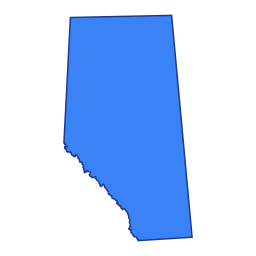 the border of Alberta
{"feature_id": "CAN-632", "entity_name": "Alberta", "entity_type": "Province", "adm_level": 1, "iso_a3": "CAN", "parent_name": "Canada", "parent_adm1": "", "projection": "orthographic", "projection_center": [-116.491, 54.496], "detail": "fine", "context": "isolated", "style": "filled", "palette": "blue", "viewbox_px": 256, "rotation_deg": 0, "n_neighbors": 0, "source": "natural_earth", "source_scale": "10m", "svg_char_len": 5252}
<svg xmlns="http://www.w3.org/2000/svg" viewBox="0 0 256 256"><path d="M192.1,237.2L138.2,240.6L138.4,240.2L138.5,240.0L138.5,239.8L138.4,239.5L138.1,239.4L137.8,239.4L137.6,239.3L137.4,239.2L137.0,238.6L136.9,238.4L136.8,238.2L136.9,237.7L135.9,236.8L135.2,236.8L134.8,236.6L134.4,236.6L134.1,236.6L133.9,236.5L133.8,236.3L133.7,236.0L133.9,235.8L133.9,235.6L133.8,235.4L133.2,235.3L133.1,235.2L133.0,234.8L132.7,234.5L132.6,233.9L132.4,233.8L132.1,233.7L131.9,233.5L131.7,233.2L131.4,233.1L131.1,232.7L130.9,232.3L130.9,231.7L130.9,231.2L131.2,230.3L131.3,229.8L131.1,229.5L130.9,229.5L130.6,229.7L130.0,229.6L129.6,229.7L129.5,229.4L129.4,229.3L129.1,229.2L128.9,229.0L128.9,228.9L128.9,228.7L129.0,228.3L129.2,228.1L129.3,228.0L129.6,228.0L129.7,227.9L129.7,227.6L129.8,227.4L129.9,226.9L129.8,226.7L130.1,226.3L130.2,226.2L130.2,225.8L130.0,225.5L130.0,225.4L130.3,225.1L130.3,224.8L130.3,224.5L130.1,224.0L129.7,223.2L129.5,222.7L129.5,222.4L129.4,222.0L129.4,221.6L129.5,221.4L129.9,221.3L130.0,221.1L130.0,220.9L129.8,220.2L129.7,219.4L129.7,219.2L129.4,219.0L129.1,218.4L128.9,218.2L128.8,217.8L128.7,217.3L128.7,216.7L128.5,215.9L128.4,215.7L128.3,214.8L127.9,214.0L127.9,213.8L128.1,213.6L128.1,213.4L127.9,213.1L127.6,212.8L127.0,212.4L126.9,212.2L126.7,211.7L126.0,210.8L125.4,209.7L125.1,209.3L124.9,209.1L124.7,209.0L123.9,208.8L123.4,208.8L123.0,209.0L122.9,209.3L122.8,209.5L122.7,209.6L122.4,209.7L122.0,208.9L121.4,208.3L121.1,207.9L121.0,207.6L121.3,207.5L121.4,207.2L121.2,206.8L121.1,206.5L120.7,206.1L120.4,205.9L120.2,206.2L120.0,206.3L119.9,206.1L119.7,205.7L119.5,205.4L119.1,205.4L118.8,205.0L118.6,204.9L118.2,204.7L117.9,204.4L117.7,203.9L117.4,203.7L117.0,203.7L116.7,203.6L116.7,203.1L116.9,202.9L117.5,202.7L117.6,202.4L117.4,202.2L117.2,202.0L117.2,201.8L117.1,201.4L117.0,201.2L116.9,201.1L116.7,201.1L116.4,200.9L116.4,200.6L116.3,200.4L116.1,200.2L115.5,200.0L115.3,199.9L115.2,199.8L115.1,199.6L115.1,199.2L114.8,199.0L114.5,198.9L113.4,198.8L113.1,198.7L112.4,198.3L112.1,198.0L111.9,197.7L111.9,197.4L111.9,196.6L111.8,196.2L111.5,195.7L111.1,195.6L110.6,195.5L110.3,195.3L110.2,195.1L110.1,194.7L109.8,194.5L109.4,194.5L109.2,194.5L109.0,194.4L108.9,194.3L108.7,194.1L108.6,193.9L108.6,193.7L108.6,193.3L108.6,193.2L108.4,193.1L108.3,192.9L108.3,192.5L108.4,192.0L108.4,191.5L108.1,191.2L107.5,190.9L107.2,190.6L107.1,190.1L107.0,189.7L106.8,189.4L106.3,189.1L106.1,188.9L106.0,188.3L105.9,188.1L105.6,188.0L105.1,187.8L104.8,187.6L104.6,187.2L104.6,186.7L104.6,186.3L104.5,186.0L104.3,185.8L104.2,185.5L104.0,185.3L103.9,185.1L103.9,184.9L103.9,184.7L103.6,184.3L103.5,184.2L103.3,184.3L103.1,184.4L102.6,184.5L102.1,185.2L101.8,185.5L101.9,185.8L101.7,186.2L101.4,186.3L100.9,186.3L100.6,186.3L100.3,186.0L100.1,185.6L100.0,185.1L99.7,184.3L99.6,184.1L99.6,183.9L99.6,183.7L99.3,183.4L99.2,183.3L99.2,183.1L99.1,182.6L99.1,182.3L98.9,182.1L98.6,181.7L98.1,181.1L97.9,180.9L97.2,180.6L97.1,180.4L96.6,179.7L96.4,179.5L96.2,179.4L96.2,179.1L96.0,178.7L95.9,178.5L95.9,178.2L95.9,177.6L95.8,177.2L95.7,176.7L95.4,176.8L95.3,177.1L95.3,177.3L94.9,177.6L94.4,177.6L93.4,177.3L93.1,177.3L92.6,177.5L92.2,177.6L91.9,177.4L91.6,176.9L91.3,176.6L91.0,176.4L90.6,176.3L90.2,176.2L89.9,175.8L89.4,174.9L89.4,174.6L89.7,174.2L90.1,173.9L90.4,173.6L90.6,173.1L90.6,172.7L90.5,172.3L90.2,172.0L89.7,171.8L88.6,171.6L88.1,171.3L87.6,170.6L87.4,170.4L87.1,170.4L87.0,170.5L86.9,171.0L86.7,171.2L86.7,171.3L86.8,171.6L86.7,171.9L86.5,172.1L86.1,172.1L85.6,172.1L85.3,172.1L84.9,172.5L84.6,172.7L84.4,172.6L84.4,172.0L84.2,171.6L84.1,171.4L84.1,171.1L84.2,170.9L84.5,170.7L84.7,170.4L84.6,170.2L84.3,170.1L84.0,169.8L83.9,169.7L83.8,169.3L83.9,169.0L83.9,168.8L83.8,168.6L83.4,168.3L83.3,168.2L83.2,168.0L83.1,167.7L83.0,167.3L83.1,167.1L83.5,166.8L83.6,166.6L83.6,166.4L83.4,166.0L83.2,165.6L83.1,165.3L83.0,164.9L82.8,164.6L82.4,164.4L82.2,164.3L82.1,164.0L82.1,163.9L82.3,163.5L82.3,163.3L82.3,163.0L82.2,162.9L81.8,162.7L81.7,162.6L81.6,162.2L81.4,161.8L81.2,161.8L80.9,161.9L80.6,162.0L80.2,162.2L79.8,162.0L79.7,161.6L79.7,161.1L79.5,160.8L79.3,160.4L79.3,160.1L79.4,159.8L79.4,159.4L79.3,159.0L79.2,158.9L79.0,159.0L78.8,158.9L78.7,158.5L78.5,158.4L78.2,158.6L78.0,158.3L78.1,158.1L78.3,157.8L78.4,157.6L78.4,157.4L78.3,157.2L78.1,157.0L77.3,155.9L76.9,155.6L76.4,155.4L76.3,155.2L75.9,154.9L75.7,154.8L75.4,154.9L75.3,155.1L75.3,155.5L75.2,155.9L75.1,156.0L75.2,156.5L75.1,156.8L74.8,156.8L74.5,156.4L74.3,156.4L73.9,156.3L73.7,156.1L73.5,155.8L73.4,155.8L73.2,155.8L72.7,155.5L72.4,155.5L72.2,155.4L72.1,155.2L71.9,154.9L71.2,153.7L71.1,153.3L71.0,152.9L71.0,152.4L71.0,152.2L70.8,152.0L70.6,151.9L70.4,151.9L70.0,152.1L69.8,152.1L69.6,152.1L69.1,151.9L68.5,151.6L68.3,151.6L68.1,151.7L67.9,152.1L66.9,151.4L66.6,151.1L66.5,150.8L66.1,149.6L65.9,149.2L65.7,148.9L65.2,148.9L64.9,148.7L64.7,148.3L64.8,148.1L65.0,147.9L65.0,147.7L64.9,147.4L64.7,147.1L64.6,146.8L64.6,146.7L64.9,146.6L65.2,146.7L66.2,147.0L66.7,147.0L67.0,146.6L66.9,146.2L66.7,145.9L66.3,145.4L66.1,144.9L65.9,144.8L65.6,145.0L65.4,144.9L65.0,144.7L64.9,144.6L64.8,144.3L65.0,143.6L65.0,143.4L64.9,143.2L64.4,143.2L64.1,143.1L64.0,142.8L63.9,142.4L64.0,141.5L70.4,17.5L171.6,15.4L192.1,237.2Z" fill="#3b82f6" stroke="#1e3a8a" stroke-width="1.5"/></svg>